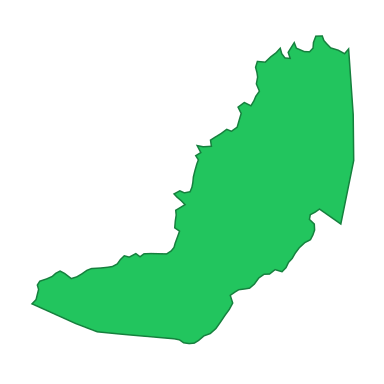 Treze Tílias, Santa Catarina, Brazil (Albers equal-area conic projection), rotated 268°
{"feature_id": "56859067B72838427404222", "entity_name": "Treze Tílias", "entity_type": "district", "adm_level": 2, "iso_a3": "BRA", "parent_name": "Brazil", "parent_adm1": "Santa Catarina", "projection": "albers", "projection_center": [-51.444, -26.941], "detail": "fine", "context": "isolated", "style": "filled", "palette": "green", "viewbox_px": 384, "rotation_deg": 268, "n_neighbors": 0, "source": "geoboundaries", "source_scale": "gbopen_adm2", "svg_char_len": 1866}
<svg xmlns="http://www.w3.org/2000/svg" viewBox="0 0 384 384"><g transform="rotate(268 192 192)"><path d="M154.8,339.6L217.8,354.7L263.7,355.8L329.5,353.5L324.9,349.3L328.6,343.1L331.2,335.6L335.3,331.9L338.7,329.1L343.4,327.6L343.4,321.2L337.2,318.6L331.6,318.0L328.0,314.4L328.4,309.1L332.1,301.3L337.7,299.4L332.4,295.8L328.2,293.0L322.1,294.8L322.7,289.6L327.1,286.5L332.6,285.2L328.2,280.9L324.5,275.6L319.2,269.7L320.2,261.9L314.4,259.9L309.1,261.1L304.5,261.6L297.8,260.1L290.4,262.9L285.4,259.1L281.0,257.1L276.1,253.9L279.6,247.4L275.2,241.0L268.8,243.9L261.0,241.3L255.2,239.4L251.3,233.5L253.4,228.9L249.4,223.1L245.7,216.5L243.2,212.3L237.0,213.0L236.8,204.8L238.2,198.8L231.1,202.2L228.2,197.0L223.9,199.5L219.8,197.8L213.3,195.7L207.0,193.9L201.5,193.2L196.7,192.1L192.3,190.1L191.4,184.3L193.6,179.9L190.7,174.0L187.3,176.9L183.8,180.8L179.6,184.6L177.1,180.2L174.3,175.1L169.5,175.4L163.5,174.3L156.8,173.5L153.3,178.2L148.0,176.1L141.4,173.4L137.2,172.1L133.8,169.1L131.0,164.5L131.4,157.2L131.9,148.9L131.9,141.9L129.1,137.8L132.4,133.7L129.1,127.0L130.6,122.1L127.1,118.2L122.7,114.8L120.3,109.9L119.7,105.1L119.2,98.0L119.0,88.9L117.4,84.3L113.9,78.9L111.2,73.9L109.7,68.3L115.0,61.9L117.6,57.4L115.5,53.0L112.5,49.4L110.2,43.7L108.2,36.8L104.4,34.2L100.0,35.3L95.2,33.9L89.9,32.4L85.8,28.2L64.5,71.4L55.6,92.4L52.8,113.3L51.3,125.1L45.9,169.2L44.7,174.3L41.6,178.4L40.6,183.9L40.9,189.0L43.4,193.4L47.8,198.9L49.9,205.3L54.7,211.1L61.0,215.9L67.4,220.5L73.4,225.2L79.6,228.8L87.4,226.6L90.5,231.4L92.7,235.3L93.3,241.5L93.9,246.2L97.8,251.1L103.8,255.8L107.3,261.2L107.3,266.6L111.5,272.3L109.2,279.2L113.1,283.3L118.3,286.0L122.1,289.8L127.1,292.9L132.6,297.3L137.5,303.0L140.2,308.7L144.8,311.3L149.7,313.2L155.7,313.1L160.5,308.4L165.2,309.4L167.6,314.4L170.5,318.8L154.8,339.6Z" fill="#22c55e" stroke="#15803d" stroke-width="1.5"/></g></svg>